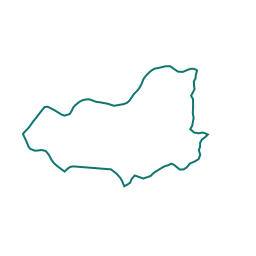 Barra Bonita, São Paulo, Brazil (Mercator projection), rotated 142°
{"feature_id": "56859067B6944721508308", "entity_name": "Barra Bonita", "entity_type": "district", "adm_level": 2, "iso_a3": "BRA", "parent_name": "Brazil", "parent_adm1": "São Paulo", "projection": "mercator", "projection_center": [-48.547, -22.479], "detail": "fine", "context": "isolated", "style": "outline", "palette": "teal", "viewbox_px": 256, "rotation_deg": 142, "n_neighbors": 0, "source": "geoboundaries", "source_scale": "gbopen_adm2", "svg_char_len": 1475}
<svg xmlns="http://www.w3.org/2000/svg" viewBox="0 0 256 256"><g transform="rotate(142 128 128)"><path d="M159.9,83.6L156.3,85.7L151.9,86.4L147.0,78.7L139.7,76.3L136.4,76.7L133.6,76.7L130.5,76.3L124.9,75.7L121.8,75.0L119.3,73.9L116.1,73.4L114.4,70.7L112.8,63.4L109.6,61.1L105.7,60.8L101.3,61.9L94.8,60.3L91.3,60.1L87.5,62.5L85.9,66.9L82.8,68.8L80.2,72.0L77.0,73.4L72.9,73.3L69.1,73.7L70.5,76.3L72.1,78.6L75.6,80.3L78.7,83.8L79.7,88.8L76.1,90.2L70.3,95.3L67.5,100.2L64.3,103.8L61.9,106.9L58.9,110.9L58.5,114.5L55.4,115.9L51.8,117.5L49.0,122.0L47.4,124.2L44.4,125.4L42.4,127.6L38.1,130.9L39.5,133.9L41.7,135.8L44.8,137.0L50.3,138.5L54.0,141.7L56.7,150.6L60.3,153.5L64.0,155.2L67.1,156.6L70.8,158.5L75.4,158.9L81.0,158.3L85.6,157.1L90.5,154.2L93.7,152.8L97.0,151.8L102.6,151.1L109.8,148.7L113.1,148.4L116.7,149.5L121.2,151.9L125.2,154.0L126.9,156.4L128.8,159.3L131.0,161.8L134.3,165.5L137.1,168.4L140.6,174.1L143.4,176.3L146.2,177.7L149.8,178.5L152.8,178.5L156.2,178.4L159.0,177.7L161.5,176.3L165.3,174.9L170.5,176.9L172.1,179.5L175.0,187.3L178.1,194.1L180.8,195.9L183.8,195.2L192.0,193.2L194.7,192.4L198.6,191.6L205.4,189.5L211.5,188.6L214.5,188.0L216.2,180.3L217.9,174.5L217.8,171.6L215.2,167.3L212.7,165.7L209.5,163.7L207.0,160.5L206.9,155.6L208.0,149.1L208.0,145.9L207.3,141.9L204.8,132.7L201.5,133.1L197.8,133.0L194.8,131.5L166.8,105.8L166.1,102.9L165.1,98.8L164.8,93.2L165.3,89.9L166.8,84.4L163.5,83.8L159.9,83.6Z" fill="none" stroke="#0f766e" stroke-width="2"/></g></svg>